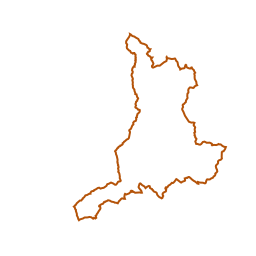 the district of Santiago de Chuco, La Libertad, Peru, rotated 154°
{"feature_id": "86281439B3188642373758", "entity_name": "Santiago de Chuco", "entity_type": "district", "adm_level": 2, "iso_a3": "PER", "parent_name": "Peru", "parent_adm1": "La Libertad", "projection": "albers", "projection_center": [-78.103, -8.267], "detail": "fine", "context": "isolated", "style": "outline", "palette": "amber", "viewbox_px": 256, "rotation_deg": 154, "n_neighbors": 0, "source": "geoboundaries", "source_scale": "gbopen_adm2", "svg_char_len": 5654}
<svg xmlns="http://www.w3.org/2000/svg" viewBox="0 0 256 256"><g transform="rotate(154 128 128)"><path d="M43.4,148.2L43.6,150.3L43.4,151.1L44.1,152.7L44.2,154.5L44.8,154.6L45.5,154.0L46.3,154.3L47.5,155.4L48.3,156.4L48.5,157.1L48.5,158.0L48.1,158.9L48.3,159.4L48.9,159.3L50.8,157.2L51.5,157.1L53.6,157.8L55.4,157.7L55.1,159.1L55.5,160.6L55.6,162.0L54.7,165.2L54.7,166.0L55.2,167.0L55.2,169.7L55.6,170.0L56.8,170.2L58.6,170.9L61.0,172.9L61.7,173.1L62.1,173.8L62.1,174.9L62.3,174.8L62.8,172.9L64.2,171.3L66.8,171.3L72.1,170.1L74.3,171.2L77.6,171.2L79.0,171.3L79.4,171.7L79.6,172.5L79.3,173.2L79.0,173.5L78.0,173.7L76.9,174.8L76.8,177.9L77.1,178.3L77.1,179.4L76.6,180.0L75.3,180.7L75.7,180.9L76.4,180.8L76.7,181.0L76.7,182.5L78.1,184.3L78.0,185.4L78.5,185.9L78.5,186.4L76.3,187.7L75.3,187.4L74.8,187.5L74.2,188.5L73.4,189.0L74.1,189.4L74.5,190.1L74.7,191.2L75.3,191.7L74.9,193.8L75.4,194.9L77.0,196.8L78.0,197.5L79.4,199.2L79.4,199.8L79.1,200.4L79.7,201.5L79.7,203.5L81.6,206.2L82.1,207.3L83.8,208.8L84.5,210.8L85.0,211.5L85.1,211.1L86.7,209.6L91.3,207.0L91.9,206.3L92.5,204.9L92.1,203.5L93.1,202.0L93.6,201.5L94.0,200.0L93.0,197.1L92.3,196.4L92.3,194.5L91.5,193.7L91.0,192.7L90.0,192.9L89.4,192.6L89.4,191.4L89.0,190.7L89.4,190.1L89.6,189.3L90.2,188.7L90.2,187.6L90.8,187.3L91.0,186.2L91.4,186.0L91.3,185.6L92.0,185.3L92.1,184.0L92.9,183.3L93.5,183.0L94.0,181.7L94.9,181.4L95.2,180.2L96.1,180.6L97.0,180.3L98.3,179.2L99.1,178.0L99.0,176.7L99.2,176.2L100.1,175.2L100.7,175.1L101.8,173.8L102.0,170.3L102.5,169.4L103.1,169.2L103.6,167.0L104.8,165.0L104.9,164.1L105.7,162.6L105.8,161.5L105.4,159.8L105.9,158.6L106.1,156.4L106.6,155.3L105.6,154.5L106.2,151.9L105.9,150.6L106.0,150.0L107.2,149.3L107.8,148.4L109.2,148.1L109.5,147.5L110.8,146.3L110.9,144.7L111.9,144.0L112.3,143.4L112.2,142.9L111.0,141.2L110.9,140.0L109.6,139.2L109.9,138.1L110.8,137.2L113.6,136.3L114.0,135.5L114.8,134.9L115.3,133.8L115.9,133.9L116.2,133.8L116.8,132.1L117.9,131.0L119.5,131.2L121.0,130.5L121.6,128.8L123.0,128.4L125.7,126.0L127.6,125.6L128.1,125.0L127.9,123.7L128.2,123.1L131.5,118.7L132.7,118.1L134.2,118.2L136.5,117.5L137.6,117.4L138.2,116.9L139.5,116.7L140.0,115.7L141.4,115.4L142.6,115.6L142.9,115.2L144.8,115.2L145.5,114.5L146.2,114.6L148.4,113.3L149.2,113.2L149.8,112.8L149.7,111.4L150.3,109.5L150.3,108.1L151.2,104.3L152.0,102.7L152.5,102.2L152.5,101.2L152.9,100.6L153.0,99.2L153.4,98.8L153.3,97.8L153.9,96.9L153.9,96.5L154.6,96.1L155.2,93.7L156.0,92.9L155.7,92.1L155.8,90.7L156.6,88.0L157.4,86.6L157.6,83.9L157.9,83.6L158.8,83.5L159.5,83.9L160.5,84.0L162.4,82.8L163.8,82.3L164.6,82.8L165.6,84.6L167.2,86.4L169.9,86.3L171.2,86.6L172.8,85.4L176.1,84.9L177.4,85.3L179.3,85.6L180.1,87.0L181.4,87.3L184.3,86.9L185.5,87.1L186.1,86.6L186.7,86.5L187.6,86.9L188.8,87.0L190.3,86.1L190.5,85.4L192.0,85.9L194.0,85.7L195.8,86.1L197.7,85.0L199.5,84.6L199.8,84.1L200.5,84.0L201.7,83.3L203.1,83.9L207.1,82.8L208.8,81.7L209.6,81.7L210.0,81.3L211.1,81.1L210.7,79.7L211.0,78.5L210.7,77.1L211.2,76.4L211.6,73.3L212.3,71.7L212.2,70.1L212.6,67.8L212.5,66.6L211.1,66.9L208.1,66.4L206.3,66.6L203.4,65.3L201.7,65.0L200.1,63.8L199.1,61.8L198.0,62.2L197.1,61.0L195.9,61.2L195.6,63.3L194.7,63.4L193.8,64.3L192.3,65.0L191.1,65.9L188.7,67.2L187.9,68.0L187.5,69.5L188.3,70.2L187.9,70.8L185.3,71.1L183.5,70.9L182.2,71.9L181.6,71.6L181.0,71.6L180.7,71.9L179.3,71.6L177.6,71.8L176.2,70.7L175.1,69.0L173.8,68.1L173.1,67.5L172.6,66.7L171.5,66.1L170.2,64.8L168.2,66.2L167.0,66.5L165.5,67.2L164.5,67.4L163.9,67.2L163.1,66.4L161.8,65.7L161.5,67.7L160.0,69.8L159.5,70.1L158.7,69.0L155.7,68.7L154.7,69.1L153.5,69.1L153.1,70.1L152.6,70.2L151.5,69.4L151.7,68.5L150.6,67.7L150.0,66.7L145.6,64.9L144.7,64.1L143.9,63.8L143.6,65.8L144.4,69.0L144.4,70.3L142.2,72.7L141.5,72.9L141.1,72.7L140.3,70.4L138.9,68.3L138.6,66.3L136.7,66.8L134.7,66.8L134.0,66.1L134.5,64.4L133.6,63.0L133.2,62.7L133.3,62.0L132.8,61.3L132.9,60.8L132.6,59.6L130.9,57.7L130.7,57.0L131.0,55.3L130.8,54.1L130.1,52.0L129.4,51.3L128.6,50.0L127.7,50.1L126.8,51.0L126.6,51.5L126.1,51.6L126.0,53.3L125.5,53.9L124.4,54.4L121.9,54.4L121.3,54.8L121.1,55.7L120.4,56.3L120.9,56.8L120.9,57.4L120.2,58.0L119.8,58.1L119.1,57.7L118.3,57.6L116.9,58.5L115.0,58.6L112.6,59.5L111.9,58.9L111.3,58.9L110.0,59.3L107.0,60.9L106.6,60.4L104.4,55.9L103.9,55.6L102.9,55.9L100.1,55.6L99.7,55.8L99.1,57.8L98.0,57.5L97.4,57.7L96.5,57.1L95.3,57.5L94.5,57.1L93.9,55.9L93.0,53.5L91.9,51.4L91.4,50.9L90.8,49.5L90.3,48.9L90.1,47.8L89.5,47.3L89.4,48.7L88.9,49.0L87.6,47.6L84.7,46.0L83.1,44.5L82.5,44.5L82.0,44.8L80.9,46.1L79.7,47.1L79.0,47.0L78.0,46.3L77.0,45.9L75.5,46.2L73.4,46.1L72.2,47.0L71.4,46.9L70.5,47.3L69.9,47.8L69.5,48.8L67.7,49.3L66.8,49.8L66.3,51.5L66.3,53.3L65.9,55.0L65.3,55.8L62.9,56.6L62.4,57.0L61.7,58.6L61.3,58.8L60.2,59.1L58.6,58.8L57.0,59.4L56.5,60.9L54.3,65.1L53.4,65.5L52.3,65.2L50.1,66.4L48.4,68.0L50.0,69.1L51.1,70.7L51.7,72.3L52.3,72.9L53.3,73.3L53.6,73.9L54.9,73.8L56.2,74.0L58.1,75.1L60.0,75.6L60.1,76.0L59.5,76.7L59.7,77.4L61.0,79.0L63.7,80.2L65.2,82.2L66.9,82.6L69.2,81.5L70.4,81.4L71.2,81.8L72.5,83.2L73.7,83.8L73.4,86.4L71.6,87.8L71.2,88.4L71.7,90.0L71.2,91.3L71.5,92.1L70.8,93.1L70.5,94.7L69.4,95.0L68.8,97.3L68.4,98.0L67.4,99.0L67.4,100.1L67.8,101.2L67.7,101.9L66.0,103.5L66.7,104.2L68.7,105.1L70.3,106.7L70.5,107.0L71.4,114.0L71.1,118.3L71.2,120.8L70.8,121.6L69.3,122.7L68.9,124.5L68.4,125.0L66.9,125.1L66.0,125.6L64.7,125.9L63.8,127.3L61.3,128.9L60.8,130.6L59.7,132.5L59.4,132.9L58.4,133.2L58.0,133.6L57.3,135.6L56.2,136.7L54.5,137.3L53.2,136.5L51.9,135.4L50.8,135.5L50.1,136.1L48.7,136.3L47.1,136.1L47.1,137.6L46.4,139.5L46.5,142.8L45.7,144.9L45.1,145.7L44.7,147.6L44.2,148.0L43.4,148.2Z" fill="none" stroke="#b45309" stroke-width="2"/></g></svg>